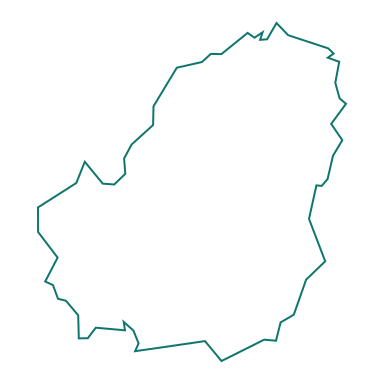 outline of Zelenikovo, Zelenikovo, North Macedonia
{"feature_id": "65306769B35230400843522", "entity_name": "Zelenikovo", "entity_type": "district", "adm_level": 2, "iso_a3": "MKD", "parent_name": "North Macedonia", "parent_adm1": "Zelenikovo", "projection": "robinson", "projection_center": [21.57, 41.832], "detail": "fine", "context": "isolated", "style": "outline", "palette": "teal", "viewbox_px": 384, "rotation_deg": 0, "n_neighbors": 0, "source": "geoboundaries", "source_scale": "gbopen_adm2", "svg_char_len": 805}
<svg xmlns="http://www.w3.org/2000/svg" viewBox="0 0 384 384"><path d="M316.4,185.4L321.7,185.9L327.6,179.0L333.0,155.7L342.3,140.2L331.2,123.9L346.0,103.8L339.6,98.4L335.3,82.8L339.2,61.8L327.8,57.7L333.6,53.6L328.3,48.4L288.2,35.2L276.5,23.0L267.1,39.3L260.1,39.8L262.6,32.3L254.5,37.7L247.6,32.9L221.4,54.1L210.8,53.9L202.0,62.0L176.8,67.7L153.5,106.3L153.1,125.0L131.6,144.5L124.1,158.5L125.3,173.8L114.2,184.5L102.7,183.6L84.8,161.8L76.3,183.0L38.0,207.4L38.1,232.0L57.6,257.6L45.2,281.5L53.0,285.1L58.0,298.8L65.9,300.7L78.2,315.3L78.8,338.4L87.8,338.2L95.8,327.7L125.0,330.3L123.7,321.9L133.4,330.5L138.6,343.4L135.1,351.2L205.0,341.1L221.5,361.0L264.1,339.7L276.0,340.7L280.6,322.4L293.8,314.7L306.1,279.7L325.2,261.3L309.0,218.9L316.4,185.4Z" fill="none" stroke="#0f766e" stroke-width="2"/></svg>